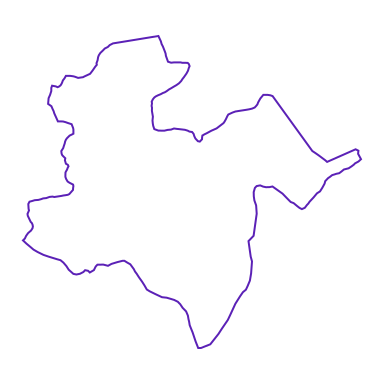 outline of Akoko-Edo, Edo, Nigeria
{"feature_id": "59680162B54275853767873", "entity_name": "Akoko-Edo", "entity_type": "district", "adm_level": 2, "iso_a3": "NGA", "parent_name": "Nigeria", "parent_adm1": "Edo", "projection": "orthographic", "projection_center": [6.117, 7.352], "detail": "fine", "context": "isolated", "style": "outline", "palette": "violet", "viewbox_px": 384, "rotation_deg": 0, "n_neighbors": 0, "source": "geoboundaries", "source_scale": "gbopen_adm2", "svg_char_len": 4182}
<svg xmlns="http://www.w3.org/2000/svg" viewBox="0 0 384 384"><path d="M247.6,286.1L249.9,280.6L251.1,273.4L252.0,261.4L250.7,256.6L248.5,241.1L253.6,235.8L256.7,213.7L256.2,206.4L256.1,205.3L254.4,200.5L253.8,196.3L253.7,192.1L254.9,187.9L256.6,186.1L259.0,185.6L260.2,185.4L263.1,186.6L266.0,187.2L269.5,187.1L272.5,186.5L278.4,190.7L282.5,193.6L285.4,196.6L288.9,200.2L290.7,202.0L293.6,203.1L297.2,206.1L299.5,207.9L301.9,209.1L304.8,207.8L307.1,204.8L308.3,203.6L309.5,201.8L313.5,197.5L317.0,193.3L320.0,191.4L322.3,187.8L324.6,183.6L325.2,181.2L328.1,178.1L329.9,176.9L332.2,175.1L334.6,174.4L336.3,173.8L339.2,173.2L341.6,171.4L343.9,169.5L348.6,168.3L351.5,166.4L353.9,164.6L355.0,163.4L358.5,161.5L361.0,159.2L358.1,153.8L358.4,150.7L355.6,149.3L327.1,161.9L325.3,160.3L318.6,155.3L315.3,153.0L312.3,151.0L272.6,96.1L270.4,95.3L267.8,94.9L263.3,94.9L260.4,98.4L259.3,100.3L258.1,102.5L257.4,104.4L256.2,105.9L254.7,107.5L252.1,108.6L249.1,109.3L246.9,109.7L245.0,110.0L239.8,110.8L235.4,111.5L232.4,112.6L228.3,114.5L227.3,116.2L226.0,119.0L224.5,121.7L223.5,123.1L216.6,128.4L213.9,129.6L211.4,130.7L206.6,133.3L204.3,134.4L203.2,135.1L202.4,135.5L202.1,137.4L202.0,139.3L199.8,141.6L197.9,141.2L195.4,138.5L194.3,136.2L193.6,133.9L192.1,132.0L189.5,131.6L188.7,131.2L188.2,130.9L187.5,130.6L184.9,129.8L181.5,129.4L179.0,129.1L176.9,128.9L174.0,128.5L171.0,129.6L167.6,129.9L164.3,130.7L162.8,130.7L159.6,130.6L158.4,130.6L154.3,129.1L153.2,125.8L152.8,123.5L152.5,120.5L152.9,116.7L151.9,110.8L152.0,107.8L151.6,105.9L152.0,103.2L151.7,101.7L152.8,99.4L154.3,97.5L155.8,96.4L158.0,95.3L160.7,94.2L162.9,93.0L164.8,92.3L166.6,91.2L169.2,89.3L170.7,88.5L173.7,86.7L176.3,85.2L179.0,83.3L181.2,81.0L182.4,79.1L183.9,77.2L186.5,73.5L188.0,70.7L188.8,68.0L189.3,66.8L189.6,66.1L188.8,64.0L187.7,62.9L185.5,62.8L182.2,62.8L180.7,62.4L178.5,62.4L176.3,62.4L174.0,62.4L171.1,62.7L168.0,61.7L167.0,58.9L165.9,55.8L165.6,53.6L164.9,51.6L162.9,46.5L161.6,44.0L160.9,41.4L158.4,36.0L145.5,38.1L126.6,41.2L113.0,43.4L109.7,45.1L107.8,47.0L104.8,48.5L103.0,50.4L100.3,53.0L98.8,55.3L98.1,57.2L97.6,60.2L96.5,63.2L96.8,64.8L95.3,66.6L92.7,70.4L90.1,73.8L88.4,74.6L84.3,76.5L83.0,77.2L78.1,77.9L74.8,76.7L73.3,76.3L70.4,75.9L68.1,75.9L65.9,75.9L64.4,78.5L62.9,80.4L62.2,82.3L61.7,83.5L60.6,85.3L59.1,86.5L57.6,87.2L55.8,86.4L52.1,85.7L51.3,87.9L51.3,91.0L50.1,94.8L48.6,98.2L48.1,103.9L51.4,106.2L52.5,108.8L53.6,111.1L54.3,113.4L57.9,121.4L59.8,121.4L60.9,121.4L63.1,121.5L65.7,122.2L67.9,123.0L71.6,124.2L73.1,128.0L73.4,129.5L73.4,131.8L73.4,133.7L71.9,134.5L69.6,135.6L68.5,136.7L67.0,138.2L65.9,139.7L65.1,141.6L64.7,143.5L63.9,145.8L63.2,148.1L61.3,151.1L61.6,153.7L62.3,155.3L63.2,156.2L65.3,158.3L64.9,160.2L65.9,163.7L67.8,164.8L68.5,166.3L67.7,167.8L67.0,169.7L66.0,171.4L65.5,172.4L65.4,175.0L65.4,176.9L66.1,178.9L67.6,181.5L69.4,182.7L73.1,184.6L73.4,186.1L73.1,188.0L73.0,189.9L69.3,194.1L67.8,194.8L65.5,195.2L63.3,195.5L61.5,195.9L58.9,196.3L54.3,197.0L52.5,196.6L49.6,196.9L46.2,198.1L43.2,198.4L41.0,199.2L38.4,199.9L34.7,200.2L32.1,201.0L29.5,201.7L28.3,204.0L28.6,208.9L29.0,210.4L28.2,212.3L27.5,213.9L27.8,215.8L28.5,217.3L29.6,219.6L30.7,221.9L31.8,223.0L32.5,224.5L32.9,226.4L32.5,228.3L31.0,230.6L29.8,231.6L28.0,233.2L26.1,235.9L24.9,238.5L23.0,240.4L26.4,243.6L30.0,246.6L33.5,249.6L37.6,252.0L43.5,254.9L48.8,256.7L57.3,259.3L60.5,260.2L63.4,262.6L66.4,266.1L68.7,269.7L73.4,273.9L73.5,273.9L76.4,274.5L79.9,273.8L83.4,272.0L85.1,270.2L88.1,270.8L89.2,271.9L89.8,272.5L93.9,270.1L95.7,266.5L97.4,264.7L103.3,264.6L108.0,265.8L111.5,263.9L117.4,262.1L122.6,260.8L124.4,260.8L127.3,262.6L130.3,264.3L133.8,269.1L135.0,271.5L136.8,273.9L137.6,275.2L139.1,277.5L139.6,278.2L142.1,281.7L144.4,285.3L146.8,289.5L149.7,291.3L155.6,294.2L162.0,297.2L166.7,297.7L170.8,298.9L174.4,300.0L174.5,300.1L177.9,301.8L178.5,302.5L180.2,304.2L182.6,307.8L186.1,311.4L187.9,315.6L188.5,319.2L189.1,321.6L189.7,325.2L190.9,328.2L192.6,332.4L194.4,337.8L195.6,341.4L198.2,348.0L200.9,348.0L210.3,344.3L218.5,333.9L220.1,331.4L222.0,328.5L227.8,320.0L230.1,315.2L235.4,303.7L240.0,296.4L242.9,292.2L245.9,289.7L247.6,286.1Z" fill="none" stroke="#5b21b6" stroke-width="2"/></svg>